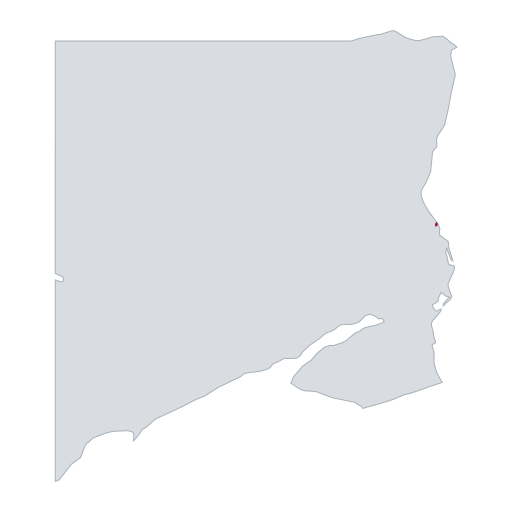 Muharam Bik, Al Iskandariyah, Egypt (highlighted), rotated 90°
{"feature_id": "37247803B18141858630320", "entity_name": "Muharam Bik", "entity_type": "district", "adm_level": 2, "iso_a3": "EGY", "parent_name": "Egypt", "parent_adm1": "Al Iskandariyah", "projection": "mercator", "projection_center": [29.924, 31.184], "detail": "fine", "context": "in_parent", "style": "filled", "palette": "rose", "viewbox_px": 512, "rotation_deg": 90, "n_neighbors": 0, "source": "geoboundaries", "source_scale": "gbopen_adm2", "svg_char_len": 3396}
<svg xmlns="http://www.w3.org/2000/svg" viewBox="0 0 512 512"><g transform="rotate(90 256 256)"><path d="M481.3,456.7L469.1,456.7L457.0,456.7L444.8,456.7L432.7,456.7L420.5,456.7L408.4,456.7L396.2,456.7L384.1,456.7L371.9,456.7L359.8,456.7L347.6,456.7L335.5,456.7L323.3,456.7L311.2,456.7L299.0,456.7L286.9,456.7L280.0,456.7L281.1,453.2L281.9,450.7L281.1,448.9L278.7,448.5L277.1,449.0L273.5,456.5L271.6,456.8L267.3,456.8L253.2,456.8L239.0,456.8L224.9,456.8L210.7,456.8L196.6,456.8L182.4,456.8L168.3,456.8L154.1,456.8L140.0,456.7L125.9,456.7L111.7,456.7L97.6,456.7L83.4,456.7L69.3,456.7L55.1,456.7L41.0,456.7L41.0,447.8L41.0,438.8L41.0,429.8L41.0,420.7L41.0,411.7L41.0,402.7L41.0,393.6L41.0,384.5L41.0,375.4L41.0,366.3L41.0,357.2L41.0,348.0L41.0,338.9L41.0,329.7L41.0,320.5L41.0,311.3L41.0,302.1L41.0,292.8L41.0,283.6L41.0,274.3L41.0,265.0L41.0,255.7L41.0,246.3L41.0,237.0L41.0,227.6L41.0,218.2L41.0,208.8L41.0,199.4L41.0,189.9L41.0,180.4L41.0,170.9L41.0,161.4L40.7,159.7L38.6,153.2L36.7,144.9L34.7,134.8L34.4,131.5L31.0,121.0L30.7,118.0L31.6,115.9L37.2,107.0L38.9,102.7L40.3,97.5L40.7,93.3L39.1,86.8L37.2,81.0L36.5,75.0L36.3,69.1L39.1,65.1L42.5,61.4L43.8,59.0L45.9,56.4L47.3,55.2L50.1,60.5L55.9,61.4L74.8,56.7L95.7,61.4L107.2,63.3L124.9,67.3L135.8,74.4L138.7,75.3L146.5,75.2L151.6,79.4L171.9,81.4L182.7,86.1L188.8,89.8L192.5,90.9L195.7,90.8L200.1,89.4L205.7,86.8L211.7,83.1L224.2,73.8L228.7,72.1L231.6,72.6L235.1,72.4L236.6,69.9L238.4,68.2L239.6,66.2L241.5,63.8L248.0,63.1L261.0,59.1L259.6,61.0L247.7,65.6L252.8,66.1L258.0,64.6L263.9,63.6L265.0,61.6L265.8,58.0L266.9,57.5L271.1,58.2L283.3,63.8L286.3,63.9L295.0,60.8L296.8,60.2L299.6,61.9L305.9,68.9L303.7,68.7L296.9,62.7L296.3,65.7L292.4,71.0L297.3,73.2L301.2,74.1L303.3,77.0L304.7,79.6L308.6,78.5L311.3,74.9L309.9,73.0L308.9,70.9L310.2,70.9L312.9,72.5L320.6,79.3L323.2,80.6L326.3,80.4L332.5,78.5L334.3,78.8L342.7,76.3L343.7,78.2L345.1,80.0L351.9,78.0L362.6,78.0L371.4,75.8L381.5,70.5L382.3,69.7L382.8,71.0L384.0,74.6L387.1,83.8L389.8,91.1L393.1,101.0L394.1,104.8L394.6,107.5L399.3,118.4L402.2,127.4L404.3,134.6L407.2,145.2L408.4,148.9L406.4,150.8L402.2,157.7L397.8,179.4L391.5,196.3L390.8,206.8L389.8,210.6L386.8,215.9L383.1,221.1L376.6,218.4L366.1,209.3L359.9,200.5L353.3,194.9L347.1,187.4L345.4,182.0L345.5,178.5L342.8,170.1L340.7,166.0L333.1,157.0L331.0,152.2L329.3,150.0L327.6,147.0L324.9,135.2L321.9,127.7L318.4,129.8L319.0,132.9L316.0,137.3L314.2,142.4L315.6,146.5L321.8,152.8L323.1,155.5L324.5,161.4L324.3,169.5L325.3,172.2L330.0,178.2L331.6,181.7L332.6,184.7L334.2,187.5L338.8,192.7L345.4,202.5L351.7,209.2L356.3,212.3L358.2,215.5L358.6,223.8L358.3,227.7L362.3,235.1L363.7,238.8L367.6,241.9L369.4,245.3L371.0,251.0L373.4,267.6L376.8,271.7L387.2,293.4L395.9,307.1L400.1,317.3L406.6,329.7L419.2,356.8L426.7,365.2L429.7,369.8L435.1,373.4L441.0,378.6L435.4,378.1L434.0,378.4L432.0,379.3L431.1,382.5L430.7,385.0L431.3,398.7L432.9,405.6L437.8,418.7L441.5,422.6L443.3,425.1L445.8,427.0L457.5,431.4L464.4,440.8L479.7,452.7L481.2,455.9L481.3,456.7Z" fill="#d9dde1" stroke="#a8b0b8" stroke-width="1"/><path d="M225.7,75.9L225.5,75.6L225.2,75.1L224.9,75.2L224.8,75.3L224.7,75.3L224.6,75.5L224.6,75.4L224.4,75.2L224.1,75.0L223.9,75.0L223.7,75.1L223.4,75.3L223.2,75.5L223.3,75.6L223.4,75.8L223.4,75.7L223.5,75.7L223.7,75.8L223.7,76.0L223.8,76.0L224.2,75.8L224.5,76.3L224.9,76.1L225.7,75.9Z" fill="#f43f5e" stroke="#9f1239" stroke-width="1.5"/></g></svg>